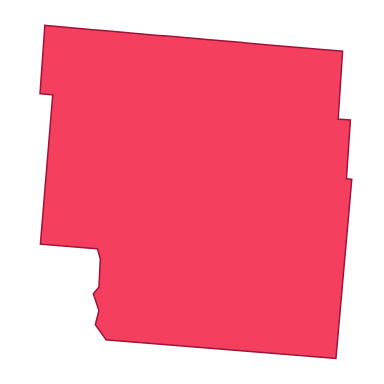 Nodaway, Missouri, United States of America, rotated 4°
{"feature_id": "52423323B34301211458576", "entity_name": "Nodaway", "entity_type": "district", "adm_level": 2, "iso_a3": "USA", "parent_name": "United States of America", "parent_adm1": "Missouri", "projection": "albers", "projection_center": [-94.942, 40.352], "detail": "fine", "context": "isolated", "style": "filled", "palette": "rose", "viewbox_px": 384, "rotation_deg": 4, "n_neighbors": 0, "source": "geoboundaries", "source_scale": "gbopen_adm2", "svg_char_len": 622}
<svg xmlns="http://www.w3.org/2000/svg" viewBox="0 0 384 384"><g transform="rotate(4 192 192)"><path d="M332.4,41.0L305.9,40.7L289.0,40.4L288.0,40.4L258.0,40.0L238.5,39.6L233.9,39.5L231.9,39.3L193.7,38.8L191.2,38.7L184.2,38.6L163.1,38.2L157.1,38.1L143.9,38.2L103.5,37.3L97.8,37.2L88.4,37.1L83.4,37.1L81.8,37.1L81.6,37.1L80.8,37.0L76.3,36.9L58.6,36.6L53.6,36.4L33.6,36.0L33.5,104.6L46.3,104.8L44.4,254.6L101.7,255.3L105.2,265.2L105.8,293.3L100.7,300.4L107.4,316.8L104.8,331.1L116.7,345.5L347.2,348.0L350.5,168.2L345.1,168.1L345.0,109.1L332.7,109.1L332.4,41.0Z" fill="#f43f5e" stroke="#9f1239" stroke-width="1.5"/></g></svg>